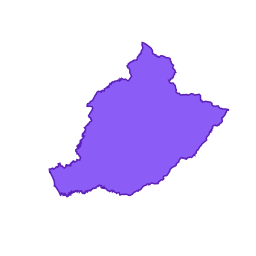 the district of Pekalongan, Jawa Tengah, Indonesia, rotated 236°
{"feature_id": "22746128B43405552393366", "entity_name": "Pekalongan", "entity_type": "district", "adm_level": 2, "iso_a3": "IDN", "parent_name": "Indonesia", "parent_adm1": "Jawa Tengah", "projection": "natural_earth1", "projection_center": [109.637, -7.042], "detail": "fine", "context": "isolated", "style": "filled", "palette": "violet", "viewbox_px": 256, "rotation_deg": 236, "n_neighbors": 0, "source": "geoboundaries", "source_scale": "gbopen_adm2", "svg_char_len": 5772}
<svg xmlns="http://www.w3.org/2000/svg" viewBox="0 0 256 256"><g transform="rotate(236 128 128)"><path d="M190.9,187.6L189.1,186.1L186.4,185.3L185.0,183.8L184.8,182.6L183.3,181.1L183.2,180.5L182.6,180.4L182.9,180.0L182.3,179.0L182.6,178.3L182.1,177.8L181.4,175.3L180.0,174.4L179.7,172.7L180.9,170.7L181.0,169.7L180.6,169.3L181.1,167.7L180.9,167.0L181.3,166.5L180.9,165.2L181.1,164.3L180.3,163.7L180.1,162.0L178.2,161.5L177.3,162.2L176.4,162.2L174.3,161.6L173.0,160.5L169.0,160.0L167.1,155.4L167.1,154.4L168.9,153.5L169.8,153.4L170.6,151.5L172.0,150.8L172.4,150.1L172.8,150.2L172.7,149.0L171.8,148.8L171.7,147.3L172.3,147.0L173.0,147.4L172.6,146.7L173.1,146.5L173.4,144.6L174.3,143.2L173.8,141.6L174.7,141.3L174.9,140.4L174.7,139.7L174.4,139.5L174.6,138.9L173.8,138.5L174.9,137.9L174.1,136.8L173.6,135.3L172.8,135.1L173.8,134.2L173.8,133.9L172.9,133.7L173.4,133.0L173.6,130.1L172.7,129.8L172.0,128.8L173.5,127.8L173.6,127.3L172.7,126.0L173.1,125.6L173.8,125.7L174.1,124.6L175.0,124.0L175.0,122.5L174.5,121.4L173.9,121.1L173.8,119.8L170.6,113.9L171.0,111.5L170.2,110.6L170.4,108.6L170.7,108.1L169.1,106.2L168.2,106.9L168.1,107.8L166.1,109.9L165.4,110.1L163.8,109.6L162.2,106.6L161.5,104.6L160.7,103.7L160.6,102.7L160.2,102.1L158.3,101.9L157.4,102.8L155.7,102.0L155.4,102.3L154.5,102.1L154.1,101.3L154.4,100.0L154.2,98.9L153.4,98.3L153.7,96.8L152.8,96.2L153.3,95.0L152.6,93.6L152.6,92.0L151.0,92.4L150.1,91.5L149.6,90.3L148.7,90.1L149.1,89.2L148.6,88.6L148.8,87.5L148.1,87.5L148.0,86.5L147.5,86.5L147.2,85.8L146.5,85.5L146.4,86.6L145.8,87.1L145.8,86.2L145.0,85.8L144.4,84.3L144.4,82.3L143.4,82.0L143.4,81.7L144.0,81.2L143.0,80.6L142.5,81.3L142.1,81.2L141.6,80.6L142.3,79.4L141.2,79.2L140.9,78.8L140.9,78.3L141.8,77.7L140.7,76.9L141.3,76.1L141.6,76.2L141.5,75.6L140.4,75.4L139.9,76.0L140.3,77.2L140.0,78.6L139.7,78.0L139.2,77.9L139.2,76.8L138.7,75.1L139.2,74.6L139.1,72.4L137.6,71.7L137.1,72.3L135.0,71.3L134.3,72.3L132.4,72.0L131.3,72.0L130.9,72.4L129.5,71.8L129.5,71.3L128.5,70.3L128.6,69.6L130.3,68.0L129.3,67.4L129.7,64.5L130.7,64.6L130.7,64.1L131.2,64.1L131.2,63.3L130.7,63.2L130.8,60.6L129.2,60.0L129.3,59.0L128.9,59.0L129.0,58.7L129.4,58.7L129.4,59.0L130.0,59.3L130.0,58.2L130.4,58.1L130.6,56.8L131.7,56.8L132.0,56.5L131.8,55.6L130.7,55.7L130.4,52.7L132.6,52.1L133.1,52.3L134.1,50.9L135.5,51.6L135.7,51.3L136.8,51.8L137.3,50.1L135.6,49.5L134.9,48.5L135.1,47.4L135.6,47.5L135.9,46.6L135.4,45.5L135.6,43.2L136.8,43.2L137.1,41.3L137.9,39.8L135.2,38.4L135.1,38.9L134.6,39.0L134.6,38.7L133.9,38.5L129.6,38.1L125.5,37.2L122.9,36.0L121.0,34.5L120.6,35.2L113.9,35.1L110.0,34.5L110.2,35.5L111.1,35.7L111.3,36.6L111.0,36.9L110.3,36.7L109.9,37.4L108.5,36.6L108.4,37.1L109.1,39.0L108.6,39.2L108.3,38.0L107.8,37.7L107.2,39.0L106.5,39.0L105.9,39.5L105.4,38.9L105.2,39.0L105.0,40.4L105.7,41.0L105.0,42.3L106.3,41.8L106.2,42.2L105.1,42.7L105.1,43.2L107.0,42.9L106.8,43.3L106.2,43.4L106.1,44.2L106.9,44.5L107.0,44.9L106.7,45.4L105.7,44.4L105.3,44.6L105.3,45.2L106.1,45.7L105.4,45.7L105.0,47.1L105.8,47.0L105.9,47.6L105.0,48.3L105.2,49.3L104.3,49.5L103.5,50.2L104.5,50.8L104.5,51.2L103.1,52.0L102.1,51.7L102.4,52.4L102.1,53.0L102.4,53.4L102.1,54.0L101.2,54.3L100.6,53.8L99.3,53.8L97.9,55.3L98.0,55.7L98.9,55.5L99.0,56.7L98.4,57.1L99.2,57.9L97.8,58.6L98.7,59.2L98.6,59.8L97.9,60.1L97.9,61.6L97.2,61.5L96.8,62.1L97.4,63.5L97.3,64.8L97.6,65.4L97.0,66.0L97.2,66.6L96.9,66.3L96.1,67.9L96.8,68.7L96.7,70.0L97.0,70.5L96.6,70.9L96.7,71.4L96.2,71.3L96.5,72.4L95.5,72.9L95.1,73.7L94.1,72.5L93.1,72.6L92.7,73.1L93.1,74.2L92.9,75.4L91.8,75.2L91.6,74.1L90.0,75.9L87.6,76.1L86.2,77.2L85.6,77.2L85.4,78.2L85.5,79.8L85.1,80.0L83.8,79.4L84.0,80.9L82.5,81.0L80.8,82.1L80.2,82.0L80.0,83.8L79.5,84.5L77.0,83.8L76.2,86.2L74.8,88.0L74.9,88.5L72.7,90.7L72.0,90.8L71.1,91.8L70.7,94.5L71.3,96.7L71.0,98.8L71.2,100.2L70.0,101.0L70.0,101.5L70.7,102.4L69.8,103.8L71.3,108.3L70.4,111.5L70.8,112.0L70.7,113.0L70.2,113.5L69.5,113.4L68.9,114.5L69.4,115.5L69.1,117.0L66.8,118.9L65.1,122.0L66.0,122.7L66.4,125.8L66.4,126.8L65.6,127.5L65.8,129.2L67.5,129.7L68.1,131.2L67.0,133.2L67.0,134.0L68.9,138.5L70.2,139.7L70.6,142.7L70.0,146.7L71.5,148.4L71.5,151.1L72.6,152.2L73.5,154.6L73.4,156.1L72.6,156.2L71.2,158.2L70.4,158.1L70.1,158.9L69.5,159.0L70.0,160.8L69.3,162.7L68.2,164.0L68.1,165.0L68.8,167.5L68.0,168.0L69.0,168.4L69.1,170.5L70.3,171.4L70.8,172.4L70.7,173.7L72.3,176.9L72.7,179.0L73.5,180.4L74.0,186.3L74.6,186.8L75.4,186.9L76.3,187.8L77.4,191.7L78.7,193.0L78.4,194.2L79.2,194.1L79.0,195.8L79.9,195.6L80.1,197.1L80.6,197.4L80.8,198.3L81.7,198.5L82.2,200.4L81.4,202.2L80.8,202.1L79.9,203.2L80.2,204.5L79.6,204.9L79.7,205.5L80.4,206.4L80.2,208.5L80.8,209.8L81.5,210.4L83.9,211.3L83.8,212.9L84.9,216.2L86.1,217.5L86.2,218.5L87.0,219.1L87.2,220.2L86.6,221.1L87.1,221.5L87.7,221.0L89.3,219.4L90.3,217.7L92.1,216.3L92.7,215.4L93.9,214.9L94.8,215.2L96.1,215.0L97.3,212.2L98.7,211.0L100.1,210.5L101.3,211.3L103.1,211.0L106.6,207.3L107.4,205.7L107.7,204.1L109.7,204.6L110.2,203.6L114.4,206.2L116.1,205.9L118.1,201.5L119.6,201.1L121.0,199.8L121.6,195.9L123.0,195.5L123.7,193.6L124.5,193.0L124.7,192.0L125.3,191.6L125.5,190.5L126.2,189.9L128.1,189.9L129.0,188.5L130.8,187.9L131.7,188.5L132.4,189.4L133.6,189.5L137.1,190.9L138.1,190.5L139.9,190.6L140.4,190.2L140.6,189.1L142.0,188.1L144.7,188.5L144.1,189.1L144.2,190.0L144.8,190.5L144.3,191.9L144.9,193.0L144.6,193.5L146.2,195.4L146.5,196.7L147.6,197.4L147.8,198.0L147.5,198.6L148.6,198.6L149.5,199.2L153.1,198.7L154.6,200.8L157.1,200.1L158.6,200.7L160.0,200.8L162.0,201.7L163.4,200.9L164.8,199.1L167.1,197.9L168.9,196.5L169.6,195.3L169.1,193.7L169.5,193.5L169.7,192.8L170.5,192.9L170.5,192.6L171.3,192.4L172.2,191.4L173.0,192.0L173.9,191.1L176.1,190.1L178.6,191.6L181.5,191.7L187.3,189.8L189.3,188.8L190.9,187.6Z" fill="#8b5cf6" stroke="#5b21b6" stroke-width="1.5"/></g></svg>